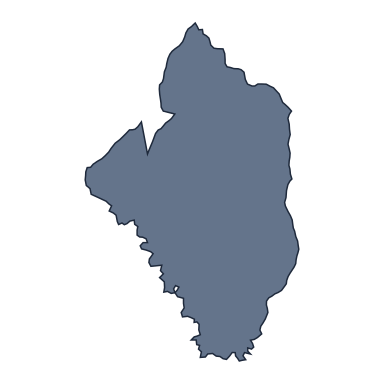 Guatapará, São Paulo, Brazil (Natural Earth projection)
{"feature_id": "56859067B57528350924553", "entity_name": "Guatapará", "entity_type": "district", "adm_level": 2, "iso_a3": "BRA", "parent_name": "Brazil", "parent_adm1": "São Paulo", "projection": "natural_earth1", "projection_center": [-47.986, -21.451], "detail": "fine", "context": "isolated", "style": "filled", "palette": "slate", "viewbox_px": 384, "rotation_deg": 0, "n_neighbors": 0, "source": "geoboundaries", "source_scale": "gbopen_adm2", "svg_char_len": 3045}
<svg xmlns="http://www.w3.org/2000/svg" viewBox="0 0 384 384"><path d="M281.1,98.7L279.2,94.0L276.4,91.0L273.5,87.8L270.0,86.2L266.3,84.2L261.3,84.0L257.9,84.0L254.8,86.0L252.0,86.0L247.5,84.1L245.3,79.4L244.0,72.2L241.1,69.7L238.3,68.8L233.8,68.6L230.4,67.5L227.0,66.8L225.1,63.4L225.1,59.7L224.7,53.6L223.0,48.9L217.3,48.7L213.9,48.2L210.8,45.1L209.9,41.4L208.9,38.1L206.4,35.8L203.1,33.9L202.4,29.5L198.8,29.8L197.3,26.6L195.2,23.0L191.3,26.7L188.1,29.0L185.9,32.9L184.7,37.0L182.7,41.7L179.3,45.8L174.8,49.0L172.1,51.3L169.9,54.2L168.0,58.5L166.7,63.9L166.2,67.2L164.4,71.8L163.5,78.6L162.4,82.0L159.6,84.9L159.3,89.0L159.7,94.3L160.5,99.5L161.0,103.1L161.2,107.2L163.3,111.1L174.8,114.0L171.5,118.5L169.2,120.5L165.6,123.1L163.3,126.0L161.0,128.7L158.2,130.0L155.6,133.4L152.5,141.8L150.6,146.3L148.7,150.9L147.5,154.0L141.4,121.9L137.8,126.8L135.1,129.2L132.4,129.8L129.5,129.9L125.9,133.7L119.9,139.6L115.2,143.2L111.1,148.4L108.7,152.1L105.1,155.8L101.8,158.8L97.4,161.3L93.2,164.2L90.6,167.3L87.2,167.6L85.8,171.9L85.6,175.8L85.2,179.9L86.3,185.5L90.0,188.6L91.2,194.3L98.0,197.4L101.8,199.2L106.1,201.2L109.0,204.0L111.6,205.8L109.2,211.0L113.4,213.0L116.1,215.2L117.3,221.5L118.6,224.5L122.0,223.0L124.3,224.7L127.0,223.6L129.9,221.1L134.2,220.1L134.7,224.3L137.8,226.5L137.1,230.2L137.1,235.1L139.7,237.0L142.7,237.2L146.1,238.8L147.5,242.6L143.1,242.6L140.2,245.8L141.6,248.9L146.3,250.1L150.7,251.7L153.1,253.7L151.3,256.3L149.4,258.9L148.9,262.5L150.9,266.3L155.1,265.9L161.8,265.2L160.5,270.7L163.4,273.8L159.6,277.6L164.3,281.8L164.6,287.6L163.8,292.1L167.5,291.4L171.2,293.4L175.0,292.7L177.6,296.7L183.5,298.3L183.5,303.4L184.2,307.9L181.2,312.5L182.5,316.9L187.6,316.3L191.0,317.6L194.4,319.2L194.1,322.4L196.9,321.9L199.1,324.3L198.8,329.9L200.3,334.7L197.3,336.0L194.2,336.9L191.2,340.0L196.2,340.0L196.7,344.6L199.6,345.4L198.5,349.1L201.4,351.8L200.3,357.4L205.4,357.0L207.7,354.0L212.6,353.5L216.2,356.1L220.0,356.5L223.1,358.7L226.5,359.4L229.6,356.0L232.2,352.5L235.2,352.6L235.6,355.9L237.6,358.3L239.3,361.0L242.1,360.3L245.7,359.7L243.0,355.8L244.5,352.6L250.4,354.0L247.8,351.2L247.7,347.9L251.5,349.1L253.7,347.1L252.5,343.4L250.5,340.2L254.3,339.4L257.5,337.5L261.7,333.9L259.9,330.1L260.8,326.2L262.9,323.1L265.3,319.0L267.9,312.5L267.3,308.3L266.4,305.0L266.5,301.1L268.8,297.8L271.8,296.2L274.8,293.9L278.1,292.5L281.5,290.4L284.4,286.5L286.3,283.8L286.7,280.4L288.1,276.5L290.1,273.1L294.0,267.2L295.7,263.7L296.1,259.8L296.9,255.9L297.9,252.8L298.8,249.2L298.2,245.5L297.6,241.0L295.8,236.6L294.6,231.1L293.3,228.0L292.7,224.0L292.2,220.0L290.4,215.7L288.0,211.5L285.4,206.1L284.6,202.4L286.0,197.6L286.5,190.6L287.9,184.6L289.8,181.2L291.9,179.0L290.4,174.2L289.9,169.0L288.9,165.3L289.2,160.9L289.8,157.4L290.1,153.1L289.2,149.0L288.0,144.2L288.8,139.8L290.2,134.6L289.5,129.3L289.2,124.2L287.9,118.3L289.3,114.3L291.5,111.1L288.2,107.4L285.1,104.5L282.7,102.5L281.1,98.7ZM175.0,292.7L173.6,288.9L175.6,285.6L178.9,287.1L177.2,290.2L175.0,292.7Z" fill="#64748b" stroke="#1e293b" stroke-width="1.5"/></svg>